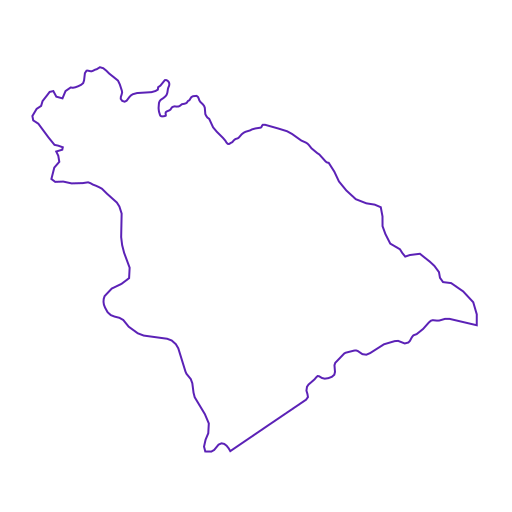 SVG path tracing the border of Ladakh, rotated 178°
{"feature_id": "IND-20012", "entity_name": "Ladakh", "entity_type": "Union Territory", "adm_level": 1, "iso_a3": "IND", "parent_name": "India", "parent_adm1": "", "projection": "mercator", "projection_center": [77.875, 33.921], "detail": "fine", "context": "isolated", "style": "outline", "palette": "violet", "viewbox_px": 512, "rotation_deg": 178, "n_neighbors": 0, "source": "natural_earth", "source_scale": "10m", "svg_char_len": 3753}
<svg xmlns="http://www.w3.org/2000/svg" viewBox="0 0 512 512"><g transform="rotate(178 256 256)"><path d="M288.5,61.9L290.0,64.7L292.0,67.4L294.3,69.3L297.0,70.0L300.0,68.8L304.6,63.6L307.5,62.1L313.5,62.4L314.6,67.3L312.8,74.2L309.9,80.5L309.0,90.3L312.6,99.7L322.2,117.0L323.2,121.6L324.1,131.1L325.5,135.3L329.6,140.7L330.5,142.9L336.9,166.5L339.2,170.7L343.2,174.5L347.7,176.4L371.0,180.4L376.9,182.9L385.7,189.8L390.9,196.7L394.7,199.0L399.5,200.4L403.2,202.0L406.2,204.9L406.8,206.0L408.7,209.8L409.7,212.7L410.0,215.5L409.7,218.4L408.7,221.2L401.3,228.5L391.3,232.9L383.6,238.3L382.7,248.7L387.7,263.8L389.4,271.6L390.1,279.6L388.8,303.1L390.8,310.2L393.2,314.3L402.6,323.3L402.8,323.5L407.6,328.6L410.5,330.3L413.5,331.8L416.6,333.1L418.8,334.5L421.2,335.5L424.0,335.2L426.5,334.9L437.8,335.0L446.0,337.1L454.1,337.1L457.8,340.1L454.5,351.4L449.3,357.0L450.1,363.1L452.0,367.4L445.9,369.0L445.3,371.4L449.9,373.2L453.5,374.1L459.3,381.8L468.9,395.8L473.9,399.3L474.6,403.7L470.1,410.7L465.5,413.5L463.9,418.3L459.5,423.5L456.5,427.2L452.8,427.9L450.0,422.2L443.9,420.3L440.6,427.5L435.3,430.9L433.2,430.5L430.7,430.9L427.7,431.9L424.8,433.2L422.7,434.8L421.7,437.5L420.6,444.7L418.9,447.1L418.0,447.2L415.2,446.5L414.1,446.3L412.7,446.7L410.1,447.9L408.7,448.2L405.4,450.1L402.1,449.0L399.1,446.4L396.4,443.5L387.8,436.1L386.1,432.2L384.3,425.9L384.1,424.1L384.7,421.9L385.5,419.8L385.7,417.8L384.3,415.7L381.9,414.8L379.9,415.7L376.9,419.4L375.2,421.0L373.4,422.0L369.2,423.0L354.7,423.4L350.7,424.4L348.3,425.7L347.9,428.1L345.6,429.6L341.0,434.9L339.9,435.0L339.0,434.7L337.8,433.8L336.9,432.5L336.6,430.9L336.9,429.2L337.7,427.5L338.2,426.0L338.9,422.3L339.5,420.7L340.0,419.8L341.0,418.7L343.0,417.1L345.6,415.5L346.6,414.5L347.2,413.4L347.6,412.4L347.8,410.9L348.2,407.3L348.1,405.4L347.9,403.6L347.1,400.6L346.8,399.7L346.4,399.3L345.8,399.0L345.0,398.8L343.1,398.9L342.2,399.1L341.4,399.3L341.2,399.8L341.4,401.9L341.1,402.9L340.1,403.6L337.5,404.6L336.4,405.3L334.9,407.4L333.8,408.0L332.2,408.4L330.2,408.1L328.5,408.1L327.2,408.5L324.7,410.3L322.4,410.6L320.6,411.1L319.6,411.8L319.0,412.8L318.4,413.4L317.5,413.8L316.8,414.4L316.1,415.6L315.0,417.1L313.3,417.9L309.8,418.1L308.4,416.9L307.7,415.2L307.2,413.5L306.3,412.0L303.7,409.3L302.6,407.7L302.0,405.9L301.7,399.6L301.0,398.0L299.8,396.1L298.0,394.7L294.4,386.1L290.9,381.6L284.9,375.2L282.6,372.3L281.6,370.5L280.4,369.1L279.5,368.9L278.6,369.0L277.7,369.7L275.7,370.6L274.2,372.3L273.3,373.0L272.5,373.6L270.6,374.1L269.6,374.5L268.8,375.2L266.1,378.1L264.6,379.2L263.3,380.0L261.8,380.6L257.6,381.7L255.5,382.7L252.1,383.5L247.0,384.1L246.5,384.3L246.0,384.8L245.3,386.2L244.6,386.9L242.3,386.8L229.2,382.6L220.6,379.6L215.7,376.7L206.7,369.8L202.2,367.6L200.6,366.5L199.3,365.1L196.8,361.7L191.2,356.7L189.2,355.3L183.0,347.9L181.6,346.9L180.1,346.6L174.8,337.6L170.5,327.6L163.5,318.4L154.3,309.3L143.9,304.8L135.6,303.2L129.6,300.4L128.2,291.1L128.5,281.4L125.9,273.4L121.4,263.7L111.9,257.7L109.7,253.9L106.9,250.2L102.2,251.6L92.1,252.5L87.7,248.7L82.4,244.2L78.0,239.8L73.7,233.5L72.9,227.8L70.0,223.4L61.9,222.1L50.2,213.4L40.5,202.2L37.4,190.0L37.8,179.1L64.7,186.4L69.2,186.6L75.1,185.1L77.3,185.1L81.6,185.7L83.5,185.2L85.6,183.5L91.5,177.3L98.2,172.3L101.0,171.4L101.7,171.0L103.1,169.3L105.2,165.7L106.8,164.2L110.4,163.4L116.9,166.2L120.3,166.1L131.2,163.3L145.3,155.0L149.2,153.5L153.1,154.2L157.6,157.5L159.2,158.1L161.0,158.1L169.8,156.2L171.2,155.5L180.5,146.5L181.4,144.1L181.1,137.4L181.9,134.6L184.4,132.6L188.0,131.4L191.6,131.0L194.4,131.8L197.1,133.6L198.6,133.9L199.9,132.8L201.9,130.6L208.0,125.7L209.6,123.5L210.3,119.7L209.4,116.2L209.0,113.2L211.0,110.6L211.7,110.2L250.1,86.1L288.5,61.9Z" fill="none" stroke="#5b21b6" stroke-width="2"/></g></svg>